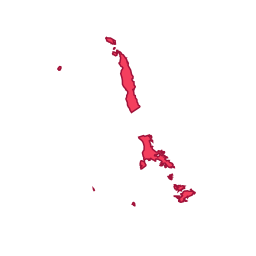 the Province of Palawan, rotated 118°
{"feature_id": "PHL-2534", "entity_name": "Palawan", "entity_type": "Province", "adm_level": 1, "iso_a3": "PHL", "parent_name": "Philippines", "parent_adm1": "", "projection": "albers", "projection_center": [119.135, 9.647], "detail": "fine", "context": "isolated", "style": "filled", "palette": "rose", "viewbox_px": 256, "rotation_deg": 118, "n_neighbors": 0, "source": "natural_earth", "source_scale": "10m", "svg_char_len": 5767}
<svg xmlns="http://www.w3.org/2000/svg" viewBox="0 0 256 256"><g transform="rotate(118 128 128)"><path d="M112.7,132.2L111.2,134.7L110.0,135.9L109.3,137.5L108.0,139.2L105.8,140.5L103.3,143.5L101.3,143.7L99.8,144.4L97.8,144.4L95.9,145.4L95.3,147.3L95.3,148.0L94.7,148.1L93.5,151.3L92.0,153.4L88.6,155.3L86.2,157.2L83.4,160.0L81.9,160.2L80.5,160.8L77.9,160.6L77.1,161.0L76.8,161.7L76.9,163.1L75.7,165.0L75.3,166.1L74.7,166.4L74.4,165.9L74.0,165.9L69.8,167.3L68.9,167.9L68.4,168.8L67.3,169.2L66.6,170.2L64.9,171.8L64.6,171.7L64.6,170.4L65.1,169.0L65.7,168.4L65.7,166.3L66.1,165.9L66.3,165.1L67.3,163.3L67.1,162.6L67.6,162.8L68.0,161.6L70.1,159.7L69.6,159.7L70.3,158.6L70.9,158.0L72.2,157.6L72.8,157.2L75.6,152.9L79.1,149.9L80.2,147.7L82.0,146.9L82.3,147.4L82.6,147.5L83.7,147.0L84.7,145.1L84.4,144.5L87.2,142.8L87.9,141.2L88.4,140.9L90.5,141.0L91.2,140.7L91.2,141.4L91.7,141.8L93.4,139.9L96.0,138.2L96.0,136.8L98.0,135.5L98.7,133.6L100.8,132.2L101.4,131.1L102.6,130.0L103.0,129.5L103.0,128.3L103.5,127.6L104.2,127.6L112.7,132.2ZM124.4,106.1L125.5,105.8L125.4,105.3L125.8,104.5L125.2,104.2L124.1,104.6L123.9,104.2L124.0,103.8L124.7,102.9L125.6,102.5L127.0,103.1L127.4,102.0L128.2,101.9L127.4,101.0L127.5,100.5L128.6,99.8L128.4,100.5L128.8,102.9L129.1,103.2L129.7,102.8L130.6,101.9L131.1,101.0L131.9,100.6L132.2,99.9L133.3,99.6L133.8,99.1L132.8,98.0L132.9,97.5L133.5,97.8L134.2,97.5L135.2,96.4L136.0,91.9L135.9,91.5L135.1,90.3L134.6,90.3L134.3,90.6L133.7,90.3L133.4,88.5L132.0,87.7L133.1,86.3L132.2,85.5L132.5,84.9L132.0,84.6L132.3,84.3L132.8,84.3L132.9,85.1L133.1,85.1L133.4,84.7L133.6,85.1L134.3,84.9L133.8,85.6L134.3,86.5L133.6,86.5L133.8,86.8L135.0,86.7L134.7,87.4L135.6,88.6L136.1,88.3L136.2,89.0L137.4,89.6L138.0,90.6L138.4,90.4L139.3,91.8L140.0,91.6L140.0,91.0L139.1,89.5L139.7,88.3L138.4,87.3L136.8,87.1L136.3,86.7L136.1,86.1L136.5,84.9L135.3,84.9L135.2,84.6L135.2,82.6L135.4,81.9L135.6,81.9L135.9,82.5L136.5,82.6L135.4,80.5L135.4,79.6L135.7,79.2L137.1,80.8L138.0,81.0L138.3,80.8L138.4,79.4L138.9,78.6L137.8,77.3L137.4,76.4L137.8,76.4L138.3,76.1L138.8,75.0L138.5,72.7L138.6,72.1L139.1,71.3L139.4,71.6L140.2,70.7L140.6,68.9L141.2,68.5L141.8,71.3L142.4,71.8L142.8,71.3L143.3,72.5L143.4,73.9L143.1,75.3L141.6,78.7L142.0,79.5L143.1,80.7L143.5,82.1L143.1,82.6L141.9,82.1L141.7,82.2L141.3,83.6L141.5,85.1L141.3,86.5L142.2,88.7L142.9,88.7L144.2,88.1L144.5,88.5L144.2,89.8L144.4,92.1L144.1,93.6L144.6,93.8L146.2,93.5L146.7,94.3L145.5,94.3L145.8,95.2L146.2,95.6L146.5,97.0L146.8,97.6L148.2,98.3L148.5,98.8L148.0,99.6L146.7,100.0L146.0,101.1L143.2,103.6L141.2,103.7L139.9,103.5L136.4,105.2L134.1,107.4L133.1,108.7L132.5,110.2L131.9,113.4L131.1,114.3L127.4,110.7L127.6,109.3L124.4,106.1ZM168.9,48.1L168.9,48.8L168.2,49.2L167.7,49.3L166.5,49.0L165.3,49.5L164.1,48.8L163.7,49.0L163.6,48.5L162.1,48.1L161.9,48.4L162.1,48.8L161.9,49.9L161.4,49.8L161.2,50.2L160.2,49.0L158.7,49.3L157.5,48.7L156.9,48.2L156.5,47.3L155.6,46.2L155.3,44.6L154.0,42.2L153.3,42.8L152.9,43.8L152.5,43.5L153.1,42.6L153.3,40.7L154.9,39.8L154.1,39.8L153.5,40.1L153.4,38.8L153.7,38.3L155.0,38.5L155.3,39.8L157.6,40.3L160.1,42.4L161.2,42.6L160.6,42.9L160.5,43.5L161.3,43.5L163.9,45.3L164.2,44.8L164.8,44.9L164.8,41.7L165.0,41.8L165.7,42.9L165.7,44.3L165.9,44.7L166.8,44.5L167.0,45.1L167.3,44.9L168.7,46.4L168.8,47.3L167.9,47.9L167.8,48.3L167.9,48.5L168.4,48.1L168.6,48.3L168.9,48.1ZM157.6,52.1L159.2,53.4L160.2,53.8L159.1,54.0L159.2,54.8L158.8,55.2L158.8,55.5L159.5,55.6L160.1,56.2L159.2,57.1L159.7,57.8L159.0,58.9L158.0,59.8L157.0,59.8L156.4,60.4L156.0,59.8L155.9,58.8L156.1,58.0L157.0,58.7L156.7,57.8L157.5,56.9L157.6,56.4L157.4,55.9L157.0,56.2L156.7,55.9L156.6,56.7L156.2,57.0L155.2,56.6L154.6,55.3L154.3,55.0L154.9,54.5L153.4,52.7L152.7,50.6L153.9,51.1L154.0,50.4L154.3,49.9L154.8,49.7L155.1,50.4L156.3,51.1L156.1,51.5L158.5,51.6L158.3,51.9L157.6,52.1ZM153.0,94.6L157.6,96.7L158.0,97.2L157.3,97.5L157.4,98.0L157.1,98.3L156.5,98.4L156.0,98.2L155.7,98.9L154.6,97.5L155.0,99.5L154.8,100.0L153.8,100.1L153.6,100.6L151.7,101.1L151.2,101.2L150.6,100.8L150.3,99.6L150.3,98.2L149.9,98.4L149.4,98.1L150.9,96.9L152.2,94.8L153.0,94.6ZM61.1,181.1L60.9,182.0L61.3,182.6L60.6,183.3L61.1,185.7L60.8,186.9L61.1,187.3L60.1,188.5L59.0,189.0L59.3,189.6L59.1,189.8L58.5,189.7L58.1,189.5L58.3,188.9L58.1,188.4L56.8,185.6L57.0,180.9L57.4,181.2L57.7,182.1L58.1,182.1L58.7,180.9L60.8,180.7L61.1,181.1ZM68.9,172.0L70.1,172.9L69.9,174.9L70.2,175.7L69.7,176.5L69.3,176.6L68.9,176.4L67.9,176.9L67.5,176.1L67.3,174.1L67.6,172.6L67.7,172.3L68.3,172.4L68.9,172.0ZM153.1,65.3L153.4,66.6L153.2,67.9L152.0,69.9L151.7,69.6L151.6,69.2L152.0,68.3L150.8,68.1L150.4,68.8L150.0,69.0L149.5,68.3L148.8,68.0L148.7,67.3L148.2,67.2L148.6,66.6L150.0,67.9L150.3,67.6L150.5,66.1L151.4,67.2L151.7,66.8L152.0,67.2L152.4,66.2L152.3,65.8L151.8,65.6L152.5,65.2L153.1,65.3ZM109.2,216.5L108.6,216.3L109.0,217.4L108.6,217.7L108.1,217.7L106.1,217.3L105.8,217.1L105.5,216.1L106.5,215.3L107.1,215.5L108.3,215.1L109.0,215.5L109.4,216.3L109.2,216.5ZM166.8,51.4L166.1,51.9L166.4,52.5L166.1,53.7L166.6,55.0L166.3,55.2L164.1,50.8L166.3,50.1L166.7,50.5L166.8,51.4ZM193.5,85.5L193.6,86.7L193.1,87.8L193.3,88.4L191.6,88.5L191.1,88.0L191.5,86.8L193.3,85.5L193.5,85.5ZM145.4,80.3L145.9,81.2L146.0,82.1L145.4,82.0L144.8,82.4L144.7,81.8L143.7,81.1L143.7,79.4L145.4,80.3ZM66.4,172.5L67.0,172.3L67.1,173.0L65.4,174.2L64.6,174.3L64.3,173.4L66.4,171.6L66.1,172.2L66.4,172.5ZM59.3,180.7L58.6,179.8L58.1,179.6L59.8,178.5L60.2,178.9L60.5,180.1L59.3,180.7ZM144.8,75.9L145.3,76.3L145.3,76.8L144.0,77.9L143.4,77.8L143.5,76.6L144.8,75.9ZM63.4,177.0L64.6,177.1L65.1,177.5L65.1,177.8L64.4,178.0L63.6,177.8L63.3,177.3L63.4,177.0ZM199.0,128.3L199.2,128.6L198.5,129.6L197.7,130.2L198.1,129.2L198.6,128.9L199.2,127.9L199.0,128.3Z" fill="#f43f5e" stroke="#9f1239" stroke-width="1.5"/></g></svg>